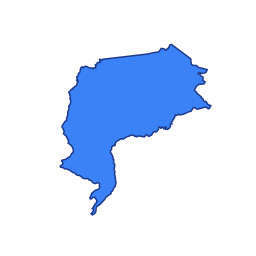 Yalinga, Haute-Kotto, Central African Republic, rotated 202°
{"feature_id": "33826404B77142922363915", "entity_name": "Yalinga", "entity_type": "district", "adm_level": 2, "iso_a3": "CAF", "parent_name": "Central African Republic", "parent_adm1": "Haute-Kotto", "projection": "orthographic", "projection_center": [23.642, 7.657], "detail": "fine", "context": "isolated", "style": "filled", "palette": "blue", "viewbox_px": 256, "rotation_deg": 202, "n_neighbors": 0, "source": "geoboundaries", "source_scale": "gbopen_adm2", "svg_char_len": 5811}
<svg xmlns="http://www.w3.org/2000/svg" viewBox="0 0 256 256"><g transform="rotate(202 128 128)"><path d="M177.8,91.5L176.6,91.3L175.7,91.0L175.0,90.8L173.8,90.3L173.0,89.8L171.9,88.9L171.1,88.1L170.6,87.3L170.2,86.2L169.7,85.4L169.9,84.7L170.3,83.9L170.6,82.9L170.8,82.2L170.9,81.5L170.9,80.3L171.1,79.6L171.5,79.2L172.1,78.7L172.5,78.2L172.9,77.3L173.1,76.8L173.7,76.1L174.2,75.7L174.9,74.8L175.4,74.5L175.6,74.4L176.4,74.0L177.1,73.4L177.2,73.2L177.3,72.9L177.2,72.6L176.4,72.1L176.1,71.9L175.3,71.2L175.0,70.7L174.9,70.4L174.9,70.0L175.4,69.2L176.4,67.7L176.5,67.4L176.5,67.0L176.3,66.8L176.1,66.6L175.8,66.5L175.0,66.4L174.2,66.7L173.9,66.9L173.6,67.0L173.2,67.0L172.9,66.9L171.7,66.4L171.3,66.4L170.0,67.1L168.9,67.1L167.8,67.0L167.0,67.0L165.8,66.9L164.3,66.6L163.1,66.2L162.4,66.0L161.3,66.5L160.9,66.5L159.5,65.8L159.2,65.6L158.2,65.5L157.8,65.4L157.5,65.2L157.1,65.2L156.3,65.5L155.0,65.7L154.7,65.8L154.3,65.8L153.5,65.6L153.0,65.4L152.7,65.3L151.9,64.8L151.2,64.6L150.8,64.6L150.2,64.8L149.8,64.8L148.7,64.8L147.5,65.6L146.9,65.8L145.9,66.0L145.6,65.9L144.9,65.4L144.6,65.2L143.9,65.1L142.7,65.5L142.3,65.4L142.0,65.3L140.6,64.3L140.1,64.1L139.3,64.1L137.9,64.2L137.3,64.4L136.8,64.7L136.1,65.6L135.7,66.0L135.3,66.0L134.1,65.9L133.5,65.6L133.1,65.2L133.2,64.9L133.2,64.5L133.0,63.8L132.9,63.6L132.7,63.3L132.5,63.1L132.3,62.9L132.1,62.4L132.1,62.0L132.4,60.6L132.6,59.9L132.8,59.7L133.2,59.3L133.8,59.1L134.4,58.5L135.2,57.6L135.8,56.5L135.9,56.3L136.6,54.9L136.8,54.6L136.9,54.4L137.2,53.7L137.2,53.3L137.0,52.3L137.0,52.0L137.2,49.5L137.2,49.2L137.1,48.8L136.9,48.6L136.5,48.2L136.1,48.2L135.7,48.3L135.2,49.0L134.2,50.9L134.0,51.0L133.6,51.1L132.9,51.0L132.2,50.8L131.6,50.5L130.5,49.6L130.0,49.3L129.8,49.1L129.6,48.5L129.6,48.1L129.2,47.7L129.2,47.4L129.4,46.7L129.9,45.6L130.0,44.8L130.0,44.0L130.2,43.4L130.4,43.1L130.4,42.3L130.6,41.2L131.0,39.9L130.0,39.9L129.5,39.0L129.2,38.1L129.5,36.0L129.9,35.2L130.2,34.7L129.9,34.4L128.8,34.2L128.2,34.2L128.0,34.8L126.9,36.2L126.7,37.5L126.5,38.6L127.1,40.2L127.4,41.2L127.6,43.2L127.5,43.9L126.0,45.6L125.2,47.0L123.7,51.0L122.9,52.9L122.7,54.3L122.3,55.9L120.8,58.5L119.2,60.5L119.3,61.1L119.6,61.9L119.6,62.7L119.0,63.4L118.7,64.2L118.8,65.8L118.3,68.1L118.1,70.1L118.7,73.0L119.2,73.9L120.0,74.8L120.8,76.6L123.4,80.8L123.9,82.9L125.5,84.3L125.8,86.7L126.7,89.4L127.5,89.8L128.4,90.6L128.7,91.3L128.9,92.3L129.5,93.5L130.6,93.8L130.9,95.3L134.0,98.3L134.9,98.5L135.4,99.2L135.6,100.2L135.2,102.1L135.8,103.3L136.0,104.6L135.5,105.2L134.9,106.3L133.7,106.7L133.6,107.9L133.9,109.0L133.9,110.7L131.2,114.4L129.6,116.0L128.4,115.8L126.0,119.2L125.3,119.9L123.7,121.0L123.4,121.6L122.7,122.3L121.6,122.9L120.7,123.2L119.7,123.5L119.4,123.3L119.0,122.8L118.6,122.7L118.4,122.9L117.9,123.2L117.6,123.2L117.1,123.0L116.6,123.1L116.1,124.0L115.7,124.3L114.4,124.7L114.1,125.0L113.5,125.3L112.8,125.1L111.8,125.2L110.9,125.6L109.6,125.9L108.9,127.0L108.9,128.2L108.3,128.5L107.5,128.7L107.1,128.6L106.3,128.1L105.6,128.0L103.5,130.2L103.3,132.3L102.4,134.6L101.9,134.8L101.5,134.7L101.0,134.6L100.4,135.0L99.6,136.7L99.2,138.1L99.7,139.8L99.4,140.7L98.7,140.6L97.9,140.2L97.4,140.1L97.0,140.5L97.1,141.7L96.7,141.7L95.6,141.5L95.1,141.2L94.7,140.7L94.2,140.6L93.9,141.0L94.0,142.4L93.8,143.1L93.3,143.1L93.0,142.8L92.9,142.2L92.9,141.4L92.6,141.0L90.9,141.5L89.7,143.1L89.3,145.0L89.4,146.0L90.2,146.8L90.0,147.7L89.5,148.0L88.8,148.2L88.9,148.6L89.6,148.9L89.9,149.5L89.4,151.6L89.4,152.8L88.9,153.6L88.8,156.2L88.8,156.8L89.0,157.6L88.8,157.8L88.4,157.4L87.2,158.4L86.8,158.9L86.5,159.6L85.9,159.6L85.3,159.4L84.6,159.7L81.7,161.6L77.9,165.6L75.8,167.1L75.2,170.9L74.6,171.7L73.8,171.8L72.0,171.5L70.8,171.4L70.1,171.6L69.8,172.3L68.1,173.3L65.1,175.7L63.5,176.5L62.5,176.5L61.5,176.0L60.7,175.9L59.9,176.7L59.5,179.6L62.9,179.9L65.3,181.6L66.3,181.7L66.8,181.1L68.0,181.2L68.6,182.5L69.4,182.8L69.9,183.4L70.6,183.4L71.4,183.6L71.7,184.2L72.4,184.6L73.7,184.9L74.9,185.4L76.4,185.6L77.9,186.9L79.8,187.5L80.8,188.4L80.2,191.1L80.4,192.6L79.2,193.7L78.8,195.0L78.1,195.6L76.2,196.0L75.4,196.8L74.2,197.2L73.7,198.7L74.0,199.9L76.4,200.0L76.7,200.2L76.9,202.3L77.7,203.3L78.8,203.5L80.2,203.6L80.8,204.3L81.5,204.5L82.7,204.4L83.5,204.9L83.5,205.3L83.2,205.8L82.5,206.4L81.8,206.3L81.2,205.9L78.3,207.0L77.8,207.7L76.5,208.9L76.4,211.8L82.8,211.0L85.0,210.5L88.1,211.6L90.6,210.5L92.9,210.7L93.9,212.0L95.7,215.6L119.0,221.8L120.4,220.6L120.3,219.1L120.4,216.9L121.1,216.6L121.5,215.8L121.7,214.6L122.7,214.0L123.6,214.9L125.0,214.8L127.1,214.2L127.7,211.0L129.0,209.2L131.1,208.4L134.9,205.8L137.6,203.9L177.2,182.3L177.2,181.2L177.8,180.9L178.5,181.2L179.1,181.3L179.7,181.3L180.0,180.9L179.8,180.3L179.3,179.8L179.2,179.4L178.7,179.0L178.3,178.6L178.6,178.1L179.3,177.8L179.9,177.8L180.7,177.3L181.1,176.4L180.8,175.5L181.1,174.9L181.9,174.6L181.9,174.3L181.6,173.8L181.0,173.3L180.6,171.6L181.9,171.3L182.2,170.7L182.3,170.0L182.7,169.7L183.3,170.0L183.8,170.1L184.5,170.1L185.1,169.7L185.8,169.4L186.5,169.3L187.4,169.2L187.9,169.4L188.6,169.6L189.4,169.6L191.0,169.1L192.2,167.0L193.4,167.6L193.9,166.8L194.3,165.8L194.1,164.3L193.5,162.2L194.3,159.9L194.0,157.6L194.7,156.0L194.3,155.4L193.6,154.9L193.3,154.3L193.6,153.3L193.5,152.9L193.0,152.8L192.5,153.1L192.1,153.1L191.8,152.8L191.7,152.0L192.2,151.4L191.6,149.4L191.7,148.4L192.4,147.0L193.0,146.3L193.2,145.5L193.5,144.8L194.0,144.6L194.0,143.2L194.9,142.9L195.9,139.8L196.5,139.1L195.9,138.4L194.8,137.9L194.4,137.3L194.5,136.8L193.5,136.0L192.4,132.8L191.6,132.3L190.9,130.7L190.5,128.5L191.2,126.2L189.7,123.2L190.0,120.8L188.8,117.6L188.5,113.5L187.6,112.0L188.7,110.9L189.4,107.8L189.8,104.8L189.2,103.8L188.3,103.4L187.8,102.9L187.2,102.0L186.2,101.7L185.9,101.0L185.8,98.7L184.2,97.9L182.6,97.6L178.1,93.6L177.8,91.5Z" fill="#3b82f6" stroke="#1e3a8a" stroke-width="1.5"/></g></svg>